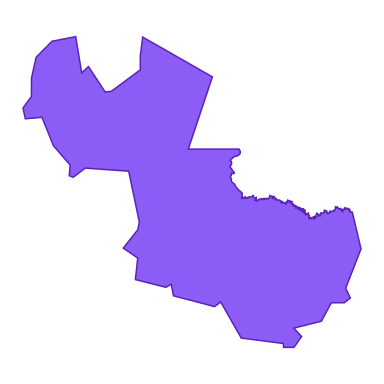 Akobo, Jonglei, South Sudan (orthographic projection)
{"feature_id": "79223893B55602707979350", "entity_name": "Akobo", "entity_type": "district", "adm_level": 2, "iso_a3": "SSD", "parent_name": "South Sudan", "parent_adm1": "Jonglei", "projection": "orthographic", "projection_center": [33.191, 7.816], "detail": "fine", "context": "isolated", "style": "filled", "palette": "violet", "viewbox_px": 384, "rotation_deg": 0, "n_neighbors": 0, "source": "geoboundaries", "source_scale": "gbopen_adm2", "svg_char_len": 6056}
<svg xmlns="http://www.w3.org/2000/svg" viewBox="0 0 384 384"><path d="M283.6,347.4L293.9,347.4L301.6,336.6L293.9,328.1L321.4,321.2L331.3,302.8L344.2,302.8L350.3,298.1L345.7,288.2L361.0,248.9L352.2,211.6L352.2,212.1L351.4,212.0L350.6,212.1L350.0,211.9L349.9,211.3L350.2,210.8L349.9,210.4L349.2,210.6L349.1,210.2L349.6,209.5L349.1,209.4L349.0,209.0L348.7,208.7L348.4,208.8L347.9,209.2L347.4,209.0L346.8,208.6L346.8,208.1L346.3,208.2L346.0,208.7L345.3,208.6L345.2,208.1L344.6,207.8L344.4,208.4L344.7,209.1L344.3,209.6L343.5,209.8L343.2,209.5L342.7,209.4L342.8,210.9L342.7,211.5L341.8,211.1L341.4,210.5L341.2,209.9L341.3,209.4L340.7,208.7L340.1,208.3L339.7,208.7L338.9,209.1L338.5,208.7L338.2,208.2L337.8,207.5L337.6,207.0L337.1,207.3L335.5,206.7L335.4,207.5L336.1,208.0L336.0,208.4L335.3,208.8L335.0,209.9L334.2,210.0L334.3,210.9L334.2,211.4L333.3,211.6L333.0,211.0L331.1,211.5L330.0,211.0L329.7,211.4L330.0,212.1L330.1,212.8L329.4,213.2L328.8,213.3L328.5,212.9L327.9,212.9L327.6,213.4L327.3,212.9L326.8,212.5L326.8,211.0L326.2,210.9L325.4,211.1L325.3,211.7L324.9,211.7L324.9,210.9L324.6,210.2L324.2,210.6L324.4,211.5L324.4,212.0L323.4,212.8L322.6,213.4L321.3,212.9L320.6,213.0L320.7,213.9L320.1,214.2L320.1,214.5L320.6,214.9L320.4,215.2L320.1,215.7L319.9,216.0L319.3,215.8L318.8,215.8L318.8,215.6L318.8,215.1L318.9,214.7L317.7,214.5L317.5,213.8L316.9,213.9L316.7,213.7L316.9,213.6L316.9,213.3L316.7,213.3L316.4,214.1L316.3,214.7L316.2,215.2L315.9,215.6L315.7,216.3L315.3,216.4L315.7,216.8L316.1,216.8L316.4,216.9L316.1,217.1L315.3,217.0L314.9,216.8L314.4,216.5L314.0,216.5L314.0,216.8L314.3,217.2L314.8,217.6L315.0,218.0L314.6,218.5L314.4,218.9L314.0,218.9L313.9,218.4L314.1,217.9L313.6,217.6L313.3,217.3L313.1,217.1L312.5,217.8L312.0,217.9L311.7,217.7L311.6,218.0L311.5,218.4L311.2,218.4L311.0,218.1L310.6,217.8L310.1,217.8L310.0,218.3L310.3,218.9L310.1,219.0L309.5,218.7L309.1,218.6L308.9,218.4L309.1,218.0L309.5,217.6L309.5,217.2L309.4,216.7L309.0,216.2L309.3,215.9L309.3,215.6L308.9,215.2L308.4,215.0L308.2,214.6L308.5,214.2L308.6,213.2L308.1,213.0L307.8,213.4L307.7,213.8L307.9,214.4L306.5,214.4L306.1,213.6L305.6,213.7L305.6,214.5L305.3,214.7L305.1,213.8L305.4,213.3L305.4,212.8L305.4,212.5L305.1,212.2L304.9,212.2L304.6,212.5L304.5,212.3L304.8,211.8L305.1,211.3L305.1,210.9L304.9,210.6L305.1,210.3L304.9,210.1L303.4,210.7L303.3,211.3L303.7,211.8L304.0,211.8L304.2,212.0L303.9,212.2L303.4,212.4L303.0,212.3L302.2,211.0L302.3,210.6L302.7,210.3L303.1,209.8L303.5,209.5L303.7,209.2L303.6,208.9L303.3,208.7L302.6,208.7L302.0,209.1L301.5,209.6L300.9,209.8L300.7,210.4L300.5,210.5L300.2,210.1L300.2,209.7L299.6,209.7L299.5,209.3L299.6,209.1L300.5,208.9L300.8,208.6L300.3,207.9L299.7,207.7L299.6,208.0L299.2,208.7L298.6,209.0L298.2,208.8L298.2,208.2L298.5,207.6L298.5,207.1L298.3,207.0L297.8,207.0L296.8,207.9L296.2,207.9L296.6,207.5L296.3,206.7L296.3,206.1L295.9,206.1L295.6,206.5L295.2,206.5L295.4,206.1L295.4,205.7L295.2,205.5L294.6,205.8L294.2,205.5L293.9,205.0L293.6,204.8L293.5,205.9L293.0,205.7L292.4,204.8L292.6,204.5L293.1,204.3L293.1,203.9L292.8,203.5L291.8,202.9L291.8,202.6L291.1,203.1L291.1,202.7L291.3,202.2L292.0,201.7L291.0,201.2L290.4,201.1L290.2,201.5L290.3,202.0L290.1,202.0L289.6,201.8L289.2,200.8L288.4,200.8L287.9,200.2L287.7,200.8L287.9,201.3L287.8,201.9L286.5,201.6L286.5,202.0L286.6,202.7L286.0,202.6L285.7,202.8L285.8,203.1L285.9,204.0L285.3,203.8L284.9,203.5L284.3,202.9L283.7,202.8L283.5,202.4L282.8,202.3L282.5,202.8L282.0,203.0L281.7,202.8L281.7,202.5L282.0,202.0L282.5,201.8L282.4,201.5L281.7,201.3L281.2,201.7L281.1,202.3L280.8,202.5L280.6,202.2L280.6,201.5L280.4,200.8L279.6,200.1L278.7,200.1L277.7,199.9L277.1,200.2L276.5,200.2L276.2,199.9L276.3,198.7L275.9,198.4L275.2,198.2L274.9,198.8L274.4,198.9L273.8,198.4L273.7,197.8L273.8,197.3L274.3,196.7L273.9,196.4L273.3,196.6L273.0,197.2L272.8,198.3L272.5,198.4L272.0,197.5L272.0,197.1L272.6,196.8L272.7,196.4L272.1,196.3L271.4,196.3L270.6,195.9L270.0,195.4L269.8,195.8L269.7,196.6L269.2,197.3L268.9,198.4L268.3,198.8L267.6,198.6L267.4,198.4L267.0,198.4L266.3,198.7L266.1,199.0L265.3,198.4L264.7,198.7L264.6,199.4L264.3,199.5L263.9,198.6L263.5,198.5L262.2,199.5L261.8,199.3L262.0,198.9L261.6,198.7L260.9,198.7L260.2,199.1L259.1,199.3L258.6,199.7L258.4,200.2L257.9,200.0L257.3,200.4L257.1,200.9L256.3,200.9L255.0,200.1L256.2,199.4L256.2,198.8L256.5,197.8L256.3,197.4L255.9,197.7L255.2,197.9L254.5,197.8L253.6,196.8L253.5,196.3L253.5,195.7L253.2,195.4L252.5,195.6L251.9,196.7L251.5,196.9L251.0,197.1L250.4,197.2L249.6,196.7L249.1,196.9L248.8,197.2L247.9,197.4L248.0,197.8L247.4,198.0L246.7,197.8L246.5,198.2L245.9,198.3L245.5,197.9L245.3,197.4L245.2,196.8L244.8,196.9L244.1,197.8L244.1,198.3L243.9,198.3L243.4,198.2L243.2,198.0L242.5,198.0L242.1,198.4L241.7,198.4L241.6,197.4L241.6,197.1L241.9,197.1L242.3,196.7L242.4,196.3L242.2,195.7L242.2,195.0L242.2,193.4L241.9,192.6L240.3,191.5L240.0,190.9L239.3,190.6L238.0,189.2L237.3,188.8L236.5,187.3L235.6,186.3L234.9,184.9L234.7,184.2L234.2,184.0L233.5,183.2L231.9,182.1L231.5,181.6L231.4,181.1L231.4,179.1L231.2,178.4L230.6,178.1L230.2,177.5L230.6,176.8L230.9,176.0L231.3,175.5L231.4,173.4L231.7,173.2L232.3,173.2L233.0,173.7L233.7,173.6L234.1,173.4L234.3,173.0L234.2,172.4L233.9,171.8L232.3,170.4L231.5,168.5L230.6,167.8L230.2,167.2L230.2,166.6L230.5,165.9L231.2,164.7L231.6,164.1L231.6,162.6L231.4,161.7L231.2,161.1L230.6,160.8L230.1,160.7L230.8,159.1L231.4,158.9L232.2,158.5L232.7,158.0L233.1,157.6L233.3,157.1L233.8,156.7L234.7,156.5L236.6,156.2L237.5,155.8L238.2,155.3L238.6,154.8L239.1,154.7L239.8,154.1L240.2,153.0L240.2,151.9L240.2,151.1L239.3,149.7L239.0,149.1L188.3,149.1L212.4,76.9L142.7,37.1L140.3,56.0L140.3,69.8L111.3,91.3L105.2,92.0L88.5,66.6L81.7,72.8L75.7,36.6L52.1,41.2L36.1,57.3L31.5,78.1L31.4,96.5L23.0,108.0L25.3,118.8L42.0,117.3L53.4,145.7L70.1,165.0L69.3,175.7L73.1,177.3L85.3,168.1L128.7,171.2L139.3,222.0L137.8,229.7L123.3,248.1L137.7,258.1L135.4,279.6L165.9,287.3L171.2,284.3L173.5,295.8L214.6,306.6L220.7,302.0L241.3,338.1L283.3,343.5L283.6,347.4Z" fill="#8b5cf6" stroke="#5b21b6" stroke-width="1.5"/></svg>